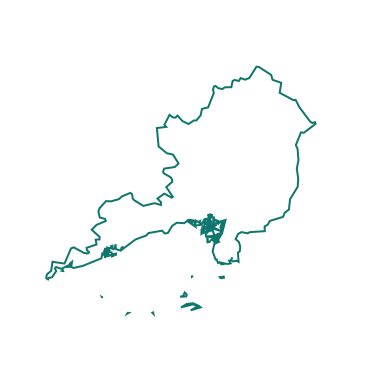 Berau, Kalimantan Timur, Indonesia (Natural Earth projection), rotated 116°
{"feature_id": "22746128B34069275840087", "entity_name": "Berau", "entity_type": "district", "adm_level": 2, "iso_a3": "IDN", "parent_name": "Indonesia", "parent_adm1": "Kalimantan Timur", "projection": "natural_earth1", "projection_center": [118.307, 1.815], "detail": "fine", "context": "isolated", "style": "outline", "palette": "teal", "viewbox_px": 384, "rotation_deg": 116, "n_neighbors": 0, "source": "geoboundaries", "source_scale": "gbopen_adm2", "svg_char_len": 6148}
<svg xmlns="http://www.w3.org/2000/svg" viewBox="0 0 384 384"><g transform="rotate(116 192 192)"><path d="M234.4,119.5L226.4,124.1L224.3,123.1L220.1,124.6L216.4,127.9L215.2,132.2L209.2,132.1L206.3,129.8L204.7,123.8L202.7,122.4L195.3,109.4L191.2,111.6L188.1,109.6L183.8,109.3L174.4,99.2L170.0,99.6L165.3,97.2L155.5,100.7L141.0,99.3L133.6,102.3L125.1,108.0L116.9,110.2L106.8,116.1L104.4,119.2L90.6,120.2L89.7,117.4L76.6,110.8L75.3,112.1L77.2,114.0L76.9,116.7L68.8,132.5L63.8,139.3L65.0,141.2L64.4,156.7L54.8,159.6L55.8,168.8L52.1,172.1L50.3,186.8L51.1,189.0L64.3,190.4L67.7,193.4L68.3,198.2L71.7,198.6L72.7,203.0L74.4,204.1L80.6,202.6L83.4,208.3L86.1,209.8L87.2,213.8L86.4,217.2L87.4,218.5L90.6,218.1L93.4,215.8L108.9,214.6L113.0,219.5L119.3,217.8L125.8,219.5L126.9,221.7L132.4,224.9L132.5,231.6L129.7,238.5L132.4,239.5L133.3,241.7L132.5,246.0L143.6,246.3L144.8,243.7L149.9,251.6L165.7,242.0L168.2,231.6L166.7,225.5L172.3,216.6L177.1,218.4L183.1,227.2L186.2,227.0L187.6,225.7L188.1,217.7L189.3,215.7L191.5,214.2L198.8,217.3L204.8,207.1L206.0,207.8L205.6,216.2L213.1,220.2L214.8,215.4L217.3,214.3L218.5,220.8L225.8,229.6L224.8,240.0L223.8,242.5L220.3,244.8L219.8,247.0L226.9,253.2L230.4,254.5L235.9,260.7L237.9,265.3L247.1,268.0L250.5,267.6L255.4,263.7L254.3,258.4L255.9,256.8L263.4,263.4L269.9,265.6L272.9,255.2L275.2,254.4L277.1,257.7L281.0,254.8L288.4,262.3L290.5,260.8L291.2,258.1L293.0,258.7L294.1,262.5L293.6,274.1L295.8,276.0L312.2,275.2L315.9,286.8L324.6,284.0L329.6,286.3L333.3,285.3L333.7,283.1L332.1,283.1L330.0,280.4L322.6,279.4L320.8,281.7L319.0,281.3L318.4,275.8L313.0,271.6L314.1,271.3L313.0,269.3L310.0,270.4L307.4,269.2L312.2,267.8L312.2,265.1L306.4,257.9L291.4,244.4L286.6,245.6L286.1,243.3L283.8,245.1L282.6,244.6L284.0,243.2L283.0,242.3L281.5,243.3L281.7,245.3L281.2,245.4L280.4,244.0L281.9,241.0L280.9,240.6L280.5,242.2L279.0,243.7L278.3,240.7L275.8,240.9L275.1,239.9L277.9,238.9L277.8,237.4L276.5,237.4L277.6,236.8L272.4,237.7L276.7,235.6L276.0,230.4L272.7,230.9L272.1,230.2L273.7,229.3L259.5,222.0L251.1,214.0L248.1,213.2L239.9,202.0L241.2,198.2L239.4,195.7L231.2,195.0L226.3,192.2L223.4,185.3L218.7,183.1L217.6,180.9L216.8,177.7L216.9,176.4L216.1,176.6L215.9,176.4L216.4,174.4L215.8,173.8L215.7,172.7L215.1,172.4L214.9,172.2L215.0,171.9L215.2,171.7L216.3,171.9L216.2,170.9L216.7,169.2L211.0,168.9L208.2,165.1L205.8,167.4L204.3,166.2L203.8,164.0L206.1,163.4L205.2,161.2L206.8,160.7L206.6,154.2L202.5,149.6L215.9,146.9L223.7,147.6L224.9,145.9L229.0,149.2L236.4,147.4L242.4,141.1L241.8,140.2L244.4,137.5L243.1,136.6L244.1,134.0L243.2,132.3L242.4,133.6L241.2,128.6L239.2,126.0L237.5,128.5L236.7,127.2L233.0,127.0L236.3,127.0L236.5,124.8L234.3,121.9L234.4,119.5ZM221.8,152.5L218.7,150.7L217.1,148.9L217.0,148.0L214.4,149.0L215.6,156.3L217.3,156.7L220.8,153.1L222.4,153.7L224.5,155.5L225.5,158.9L230.2,156.2L229.9,155.8L228.8,156.6L228.5,156.6L230.2,155.6L229.2,154.4L221.8,152.5ZM214.5,156.3L214.4,149.6L212.4,149.1L211.9,150.3L211.1,151.1L205.6,151.4L207.0,154.1L207.5,160.2L211.4,158.2L210.9,156.6L210.4,157.3L209.8,157.3L208.6,155.5L208.6,156.0L208.2,156.5L209.3,153.4L208.9,155.4L210.1,157.1L211.6,156.1L213.2,157.2L214.5,156.3ZM225.5,165.1L217.6,159.2L215.4,160.1L216.7,161.2L216.8,161.6L216.7,162.0L216.5,162.6L215.9,163.4L214.8,163.9L215.0,164.8L214.5,167.3L218.6,165.5L218.7,164.4L216.6,164.2L218.3,163.7L217.8,163.3L217.6,161.8L218.1,161.4L217.8,163.0L218.4,163.7L217.8,164.1L218.8,163.9L218.2,162.6L218.4,162.1L218.4,162.7L219.4,162.2L219.6,162.4L218.9,165.8L220.6,166.2L220.7,165.1L221.0,165.0L221.4,165.5L221.3,164.9L221.6,164.1L222.2,163.7L222.7,163.8L223.0,165.7L225.5,165.1ZM212.2,161.8L211.0,158.8L207.9,160.6L205.5,161.2L206.4,163.1L206.0,163.9L204.8,164.4L205.6,166.6L208.1,164.2L210.6,167.6L214.1,167.1L214.3,165.7L213.1,166.3L212.9,165.9L212.9,164.9L212.6,164.5L211.6,164.9L211.2,164.0L210.9,164.6L210.7,164.7L209.4,163.7L209.4,163.0L210.0,161.9L212.2,161.8ZM224.1,161.1L225.8,160.0L222.4,154.1L220.7,153.4L217.2,157.0L220.8,160.3L224.1,161.1ZM217.1,159.1L216.9,157.9L213.9,157.6L213.1,159.0L211.9,159.1L212.2,161.9L210.0,161.9L209.5,163.6L210.7,164.6L211.2,163.9L212.7,164.4L213.0,164.9L213.1,166.2L214.4,165.5L214.8,163.7L216.6,161.2L215.7,161.0L215.6,161.6L215.4,161.8L215.1,161.8L214.6,161.6L214.2,161.1L213.7,161.2L213.8,162.5L213.6,163.2L213.3,163.5L213.0,163.6L212.6,163.5L212.5,163.1L213.4,163.3L213.5,161.4L213.8,161.0L214.4,161.0L214.9,161.7L215.6,161.6L214.5,160.4L214.5,159.4L215.2,160.5L215.3,160.1L215.4,159.9L217.1,159.1ZM220.3,182.9L221.7,173.7L218.7,176.3L216.1,175.6L217.1,176.3L217.4,179.3L218.1,179.3L219.1,178.4L219.3,178.4L217.9,180.7L218.6,181.3L218.6,180.6L219.2,179.7L218.8,181.7L219.7,182.5L219.7,181.6L220.1,181.2L220.3,182.9ZM281.8,232.8L280.7,233.2L283.2,236.8L281.6,237.7L282.5,240.7L285.3,242.8L288.1,242.1L286.3,239.3L285.6,240.6L285.5,239.1L284.6,239.6L285.2,238.6L283.8,236.4L285.0,235.8L284.2,234.8L283.4,235.8L281.8,232.8ZM298.9,141.3L292.1,133.9L291.4,135.1L291.5,142.1L294.9,147.6L300.6,151.3L292.5,141.8L292.1,134.7L294.5,138.3L298.9,141.3ZM220.7,174.2L217.3,169.2L216.4,171.9L215.0,172.1L215.7,172.5L216.3,173.7L216.8,175.3L218.7,176.2L218.3,175.7L218.4,175.2L220.7,174.2ZM222.6,149.9L217.2,148.8L218.9,150.6L222.8,151.5L222.6,149.9ZM226.2,152.1L227.1,150.1L224.7,146.3L223.7,148.4L226.2,152.1ZM288.3,151.4L286.4,151.8L285.5,154.5L289.0,154.3L291.4,156.7L288.3,151.4ZM205.0,150.6L212.0,149.3L209.1,148.8L205.0,150.6ZM222.7,164.2L220.6,166.4L218.8,165.9L218.8,167.3L223.3,166.1L222.5,165.3L222.7,164.2ZM255.1,125.7L254.1,126.4L256.4,129.7L256.9,128.5L255.1,125.7ZM212.6,158.8L213.2,157.6L211.0,156.6L211.4,158.1L212.6,158.8ZM223.6,148.6L221.3,148.4L224.1,150.9L223.6,148.6ZM280.2,242.1L278.8,241.1L279.4,242.8L280.2,242.1ZM317.3,174.2L317.9,174.7L318.4,173.3L317.3,174.2ZM268.3,154.9L267.2,154.2L267.9,155.1L268.3,154.9ZM328.8,196.8L329.8,196.9L328.5,196.0L328.8,196.8ZM288.5,241.4L288.3,241.9L289.3,241.3L288.5,241.4ZM319.8,274.1L319.5,273.2L319.0,273.7L319.8,274.1ZM287.7,244.6L287.1,244.3L286.8,245.0L287.7,244.6ZM222.5,152.4L221.9,151.9L221.6,152.2L222.5,152.4ZM325.9,227.0L326.6,226.1L325.9,226.8L325.9,227.0Z" fill="none" stroke="#0f766e" stroke-width="2"/></g></svg>